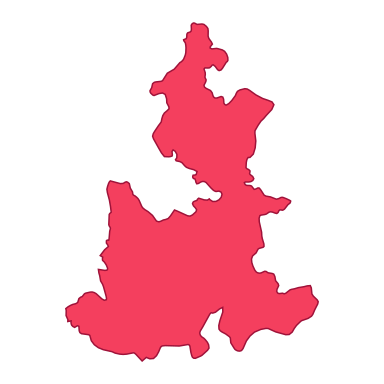 Puebla, Mercator projection
{"feature_id": "MEX-2724", "entity_name": "Puebla", "entity_type": "State", "adm_level": 1, "iso_a3": "MEX", "parent_name": "Mexico", "parent_adm1": "", "projection": "mercator", "projection_center": [-97.844, 19.359], "detail": "fine", "context": "isolated", "style": "filled", "palette": "rose", "viewbox_px": 384, "rotation_deg": 0, "n_neighbors": 0, "source": "natural_earth", "source_scale": "10m", "svg_char_len": 5991}
<svg xmlns="http://www.w3.org/2000/svg" viewBox="0 0 384 384"><path d="M109.7,231.3L110.4,228.6L110.3,227.7L109.2,225.9L108.8,224.7L109.2,214.5L109.7,213.6L111.2,212.2L110.5,206.5L109.4,200.1L107.4,192.6L106.9,189.2L107.6,186.3L108.6,183.4L109.3,182.0L110.3,180.9L120.3,183.6L123.2,183.4L125.1,182.2L126.4,181.8L127.6,182.2L129.3,183.6L130.3,188.1L132.5,191.9L132.9,194.5L133.8,195.3L135.0,195.9L136.6,197.2L138.0,198.6L139.1,200.3L141.7,206.3L142.6,207.7L144.8,209.6L148.0,211.6L152.5,215.4L156.5,221.1L158.9,221.8L161.1,221.1L163.3,220.0L165.6,219.5L168.2,218.5L170.4,216.0L174.5,210.0L177.3,211.1L187.6,215.8L190.1,216.1L192.5,214.9L196.0,211.7L196.6,209.7L195.3,207.8L193.5,205.9L192.5,203.7L192.6,203.3L193.2,202.0L194.3,201.3L196.9,200.4L197.6,199.1L198.7,198.2L204.3,199.9L207.4,200.1L209.3,198.9L209.9,199.7L212.7,201.5L216.0,201.4L219.0,199.8L221.2,197.3L222.0,194.2L221.1,192.1L218.9,191.1L216.0,191.5L214.6,191.0L213.3,190.2L211.0,188.0L206.1,182.5L204.2,181.5L202.2,181.5L200.4,182.2L198.6,183.4L196.8,183.8L196.0,182.4L195.5,180.3L194.9,178.9L193.9,178.7L193.2,178.2L192.8,177.4L192.7,176.4L193.1,175.2L195.1,175.0L196.2,174.5L197.0,171.5L193.8,169.7L189.3,168.5L186.4,167.3L184.7,165.8L181.9,162.6L179.9,161.6L176.2,160.8L175.5,159.7L176.8,157.8L176.9,154.4L175.2,151.3L173.1,149.9L172.0,151.5L172.4,155.0L172.0,156.1L170.3,156.6L168.8,156.8L164.4,156.6L161.4,152.8L158.7,148.1L153.5,138.8L152.6,136.2L153.3,133.6L154.8,131.1L158.5,125.6L161.2,122.0L161.9,118.6L162.8,115.6L164.4,113.0L167.0,110.8L169.0,108.8L168.9,106.9L166.8,102.8L166.6,98.8L165.2,94.4L162.5,93.0L158.9,93.6L154.1,95.5L153.2,95.3L152.5,94.8L150.7,93.1L150.1,91.9L150.0,90.7L151.7,87.7L152.6,83.7L154.3,82.3L156.0,81.9L161.3,81.3L162.6,80.6L167.3,73.2L174.2,69.2L179.9,62.6L181.4,61.7L182.7,60.4L183.7,59.0L185.3,55.0L185.8,52.6L186.0,47.8L185.8,45.2L185.3,42.8L183.8,40.7L183.6,39.7L186.2,38.7L186.7,37.4L186.9,34.1L187.6,32.9L190.3,31.9L191.2,30.9L191.4,29.1L191.2,25.2L192.2,23.7L193.4,23.0L194.6,23.1L197.0,24.4L202.0,24.0L203.9,24.4L206.4,26.4L207.9,28.5L208.2,30.9L208.1,36.1L208.8,38.4L211.4,42.0L212.4,44.1L210.2,46.8L210.1,48.0L211.9,48.9L216.6,48.4L218.0,48.7L222.3,49.9L224.6,51.3L226.6,54.1L227.8,57.5L227.9,60.3L227.3,61.5L226.3,62.2L222.4,68.4L221.0,70.0L219.1,70.6L217.6,69.7L215.2,66.4L213.2,64.8L212.2,65.1L211.2,66.4L209.6,67.8L208.1,68.0L205.0,67.9L204.0,69.0L205.2,72.6L205.3,74.5L205.0,76.6L205.0,77.5L206.1,79.8L205.9,81.2L205.4,82.5L204.0,85.2L204.5,87.1L206.2,88.4L210.1,90.3L211.0,91.1L212.2,92.9L212.8,95.2L213.6,97.0L214.9,98.0L216.9,98.0L221.1,96.5L222.8,97.1L223.6,99.2L223.9,103.2L224.7,104.4L225.7,105.0L226.4,105.0L228.9,103.5L231.8,100.5L235.4,95.6L236.3,93.3L237.5,91.3L240.0,89.9L244.8,88.7L247.2,89.0L249.5,90.3L255.9,94.9L262.7,98.5L268.0,100.3L272.0,101.9L273.9,104.7L271.8,109.5L266.2,115.5L263.7,118.5L260.9,121.2L258.1,125.3L255.0,130.7L254.9,133.2L255.8,141.0L255.2,147.8L253.3,154.1L250.0,157.4L248.1,157.5L246.9,159.5L246.3,162.3L246.0,167.7L247.0,168.8L248.6,169.5L249.9,170.7L250.0,171.6L249.6,173.6L250.0,174.4L252.7,176.5L253.8,178.7L252.8,180.5L250.9,181.6L248.7,182.0L245.3,182.0L244.3,182.7L245.2,184.6L246.6,185.4L250.0,185.5L251.5,186.0L254.2,189.4L255.5,189.1L258.0,187.9L259.3,188.1L260.9,190.1L264.1,195.1L265.9,196.1L270.5,196.9L276.4,199.2L278.7,198.6L280.9,197.5L282.1,197.3L283.2,197.5L286.3,198.7L289.3,200.1L290.6,200.9L290.6,201.7L290.0,203.1L288.0,204.6L284.5,209.1L283.1,210.0L282.4,210.2L280.8,209.9L279.7,210.0L279.0,210.6L278.1,212.5L276.8,213.5L274.8,213.0L272.5,212.1L270.5,211.8L269.0,212.2L266.4,214.0L264.9,214.5L261.1,215.1L259.9,215.6L259.1,218.3L259.3,221.9L261.6,232.2L261.8,236.0L262.3,238.6L263.9,244.0L264.0,246.4L263.1,247.3L259.1,248.4L258.0,249.2L256.1,252.9L252.6,255.9L251.5,259.0L251.8,262.5L252.9,266.0L254.9,270.3L256.4,272.1L257.4,272.7L259.3,273.2L261.1,272.9L264.6,271.3L266.0,271.4L268.1,272.8L271.8,273.4L272.9,273.7L273.8,274.2L274.9,276.6L275.6,280.7L278.1,283.7L278.7,285.6L277.0,289.3L276.7,291.4L277.7,293.1L279.2,293.6L282.5,293.2L284.2,293.8L285.7,293.3L290.0,289.9L291.4,289.4L294.4,288.8L298.5,287.6L304.0,286.7L307.1,285.9L310.3,285.6L311.3,287.9L311.9,293.9L313.3,296.1L317.2,299.9L318.2,301.7L317.7,304.0L314.7,309.9L312.8,314.4L311.5,316.2L308.1,318.4L301.5,320.7L300.1,321.9L296.5,325.4L294.3,328.4L292.2,332.1L289.2,334.5L285.8,334.7L275.7,331.9L268.2,328.5L266.0,328.4L260.8,329.4L254.5,332.1L250.0,336.0L246.4,340.9L243.1,348.4L242.2,349.8L241.0,350.8L239.4,351.1L237.8,350.9L236.3,350.3L235.0,349.4L234.0,348.0L230.8,342.8L230.3,337.8L229.3,336.6L225.6,333.9L222.0,332.0L220.3,330.8L219.0,329.1L218.8,325.5L219.9,320.7L222.8,312.0L222.7,307.4L219.6,308.9L215.5,312.2L212.7,313.1L211.2,312.7L209.8,314.1L202.7,327.0L200.3,331.0L199.7,333.0L200.2,334.9L201.4,336.6L203.9,338.3L205.3,339.7L207.4,342.3L208.6,344.8L209.0,348.1L207.5,350.3L202.1,355.2L200.8,356.0L195.4,358.3L193.7,358.2L192.5,357.3L191.8,355.8L190.9,352.4L189.9,346.1L189.2,345.0L188.1,344.5L179.3,346.0L165.3,345.6L162.3,345.9L161.1,346.6L160.2,348.0L158.7,351.7L156.5,355.7L153.5,358.5L149.8,358.8L146.3,357.4L142.1,361.0L136.0,354.4L134.6,353.2L133.5,352.8L126.8,354.1L123.2,354.4L119.6,354.1L115.1,353.1L112.1,351.7L103.3,349.7L98.4,347.7L94.3,344.7L91.3,340.7L89.8,335.4L88.6,334.7L81.5,333.7L79.9,332.6L79.2,330.8L78.9,326.3L77.5,325.7L74.6,327.4L72.8,326.4L71.7,325.2L71.2,323.9L71.0,322.4L71.1,320.9L67.8,321.5L67.9,319.7L66.1,315.6L66.2,310.4L65.8,308.6L68.2,306.7L70.5,305.4L72.8,304.4L75.7,303.7L77.7,302.5L78.9,298.6L80.6,297.2L82.2,296.6L84.5,293.7L85.8,293.1L90.2,292.1L92.2,292.0L94.3,292.6L96.2,293.7L101.9,298.9L104.3,300.3L106.4,299.7L106.5,298.3L106.1,296.1L103.5,286.7L102.5,284.1L100.6,280.9L99.7,275.7L98.9,272.9L98.4,269.4L104.8,270.4L106.8,270.2L107.5,269.4L107.6,268.2L106.3,265.0L104.4,262.1L102.6,260.4L102.4,259.0L102.7,257.1L100.2,255.6L104.6,249.8L108.4,246.5L107.7,244.9L106.4,243.1L106.4,240.8L107.2,240.1L108.7,240.2L109.1,238.6L109.7,231.3Z" fill="#f43f5e" stroke="#9f1239" stroke-width="1.5"/></svg>